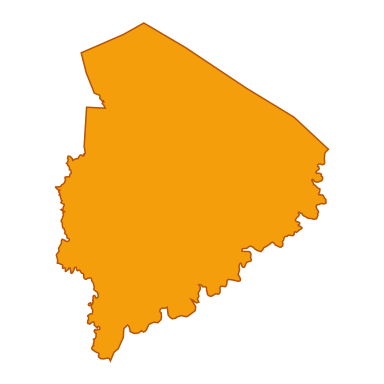 Santa Catarina Loxicha, Oaxaca, Mexico (Albers equal-area conic projection)
{"feature_id": "50627088B46665345239185", "entity_name": "Santa Catarina Loxicha", "entity_type": "district", "adm_level": 2, "iso_a3": "MEX", "parent_name": "Mexico", "parent_adm1": "Oaxaca", "projection": "albers", "projection_center": [-96.724, 16.067], "detail": "fine", "context": "isolated", "style": "filled", "palette": "amber", "viewbox_px": 384, "rotation_deg": 0, "n_neighbors": 0, "source": "geoboundaries", "source_scale": "gbopen_adm2", "svg_char_len": 5874}
<svg xmlns="http://www.w3.org/2000/svg" viewBox="0 0 384 384"><path d="M327.5,148.5L294.0,117.2L246.1,88.0L185.7,47.7L143.8,23.0L123.3,34.5L81.2,52.8L86.2,72.7L94.4,93.2L99.4,95.1L99.9,96.2L99.8,98.5L100.8,99.3L102.0,101.0L103.3,100.7L103.9,102.1L102.7,102.3L102.2,103.5L103.8,105.2L105.2,108.2L86.6,107.2L84.1,147.4L84.6,148.2L85.3,153.3L83.9,153.9L83.8,154.3L84.4,154.8L84.4,155.1L83.1,156.1L82.1,155.1L80.3,155.0L79.1,156.4L78.0,158.6L76.7,158.6L74.6,159.3L72.7,160.5L72.4,158.7L70.1,156.4L68.1,156.2L67.5,158.2L68.1,159.4L68.0,161.3L66.5,163.5L67.5,163.9L67.9,165.6L68.5,166.0L69.4,167.5L69.5,168.5L69.3,169.7L70.5,170.0L71.1,171.5L71.3,173.1L70.5,173.5L69.9,174.6L69.4,176.8L66.1,176.8L65.1,177.2L64.9,178.0L65.5,179.7L64.4,182.8L63.2,184.0L61.7,184.8L61.1,185.5L60.7,186.5L58.8,186.9L55.7,186.9L55.5,187.2L58.0,189.8L59.8,190.2L58.6,191.7L60.0,193.9L59.2,194.6L59.1,195.0L60.0,195.4L61.5,200.6L62.0,200.8L60.9,202.5L61.1,202.9L64.2,204.3L64.2,205.2L63.1,207.7L62.9,209.8L61.5,209.3L60.9,209.7L63.1,211.2L64.5,211.4L64.7,211.8L63.1,212.3L62.9,213.1L63.5,214.9L62.6,217.0L62.2,218.9L61.3,220.1L61.1,221.3L62.3,223.0L62.3,225.1L62.7,227.8L64.1,228.6L64.3,229.9L65.3,231.8L64.7,233.0L64.9,233.6L66.7,235.1L67.1,238.0L68.8,238.6L69.4,239.7L68.7,240.9L67.7,241.4L66.5,241.3L65.4,241.1L65.0,240.3L62.2,239.2L61.3,241.2L61.5,243.1L58.6,248.3L58.6,249.3L59.2,250.8L56.3,254.9L57.6,259.7L57.4,263.3L58.4,263.2L61.5,264.5L62.7,265.3L62.5,268.0L62.7,268.3L63.9,268.0L64.7,268.0L65.4,268.5L65.3,271.2L65.5,271.4L65.9,271.4L68.0,269.7L68.8,268.1L69.5,267.9L70.3,268.3L70.1,269.1L70.3,269.9L70.9,270.6L70.7,272.4L71.3,273.3L72.1,273.1L72.4,272.9L74.1,269.6L74.2,268.5L74.6,267.7L75.2,267.3L76.3,267.5L76.7,270.0L77.9,270.8L79.1,270.1L79.8,270.3L81.0,272.4L81.8,273.2L83.2,273.6L83.8,274.7L83.6,276.5L84.0,278.0L85.0,279.0L86.2,279.3L87.9,278.2L90.0,277.8L91.4,278.5L91.8,280.8L93.4,283.3L93.6,284.1L94.2,287.0L93.8,289.3L94.0,289.9L97.5,292.5L98.3,296.0L98.0,297.0L97.2,297.9L95.9,297.9L95.1,296.0L94.3,295.4L93.9,295.4L93.3,296.0L92.9,297.4L93.3,298.6L92.6,300.1L93.2,300.7L93.2,301.8L92.8,302.2L92.6,304.1L91.9,304.6L90.9,303.8L90.8,302.8L89.9,303.0L89.7,303.4L89.1,303.4L88.5,304.0L88.3,304.6L88.7,305.4L89.9,305.7L91.1,305.2L91.5,305.7L91.3,307.7L92.7,310.0L92.7,310.9L92.2,313.8L91.8,314.1L90.2,313.8L87.9,315.6L87.7,316.0L87.8,316.4L88.3,316.6L88.5,317.2L88.5,319.8L87.9,320.2L87.7,321.4L87.6,322.8L87.8,323.3L88.2,323.7L88.9,323.5L89.7,324.1L91.9,322.3L93.6,322.0L94.4,323.7L94.2,325.2L95.6,326.2L96.5,327.5L97.0,327.9L97.5,327.7L97.7,326.9L98.1,326.5L98.7,326.5L99.4,326.9L99.8,328.2L99.7,329.2L99.3,329.6L97.9,329.4L96.0,330.3L95.4,330.0L95.2,329.6L94.8,329.8L94.2,330.8L94.3,331.6L95.1,332.9L96.2,333.5L96.0,335.0L96.1,336.6L95.3,338.5L94.2,339.1L93.5,339.1L93.4,339.5L94.0,340.3L94.2,341.2L93.4,343.7L93.2,345.3L93.6,345.5L92.1,347.0L91.7,348.6L92.5,349.9L93.7,350.1L94.1,350.9L97.0,352.6L98.2,352.8L98.8,353.5L99.0,354.5L98.4,355.7L98.6,357.0L100.8,358.7L103.3,358.9L105.0,358.7L107.0,358.1L109.3,358.5L110.4,361.0L114.0,352.3L118.2,348.8L123.3,337.4L123.8,328.8L127.6,324.9L129.3,327.1L130.2,331.6L134.2,333.5L139.0,332.8L141.4,330.7L143.4,332.0L144.9,331.5L146.5,329.7L148.9,324.4L153.7,322.2L157.9,322.7L161.0,319.7L161.5,317.4L161.2,312.9L159.6,311.5L160.4,309.2L161.8,308.2L165.4,308.1L167.2,307.2L168.2,315.1L170.1,317.4L172.3,318.8L175.8,318.2L176.8,317.1L181.3,315.6L186.2,316.7L188.1,316.0L195.2,310.7L195.7,306.6L191.2,299.4L193.1,300.2L194.7,301.8L196.8,302.9L198.9,302.1L197.4,299.0L198.9,296.2L198.2,293.0L200.1,289.7L200.2,286.7L199.0,285.0L200.2,285.2L199.2,284.8L199.6,284.5L200.8,284.8L201.8,285.5L202.4,286.7L203.4,286.9L205.3,286.7L206.4,287.5L206.6,290.9L207.4,292.8L207.3,294.0L208.0,295.0L209.4,296.0L211.1,296.3L212.4,295.8L215.5,293.8L216.3,293.7L217.7,294.2L219.0,293.9L219.8,292.9L220.1,291.9L220.0,287.6L220.6,286.4L222.2,286.3L225.3,286.7L225.9,286.1L226.7,284.4L227.0,282.8L226.8,281.8L227.6,279.9L228.8,279.5L231.8,279.8L238.5,281.3L240.2,280.7L240.5,279.1L239.6,276.9L238.1,274.7L239.6,269.5L239.0,267.2L239.5,264.4L240.3,263.2L241.1,263.3L242.3,266.9L243.4,267.4L244.6,267.0L246.2,263.0L247.2,262.1L250.6,261.1L251.2,260.6L251.3,259.7L250.6,257.4L251.0,254.9L250.8,253.3L250.0,252.1L248.9,251.5L242.9,251.4L241.9,251.0L242.4,248.7L246.6,248.4L247.7,247.8L248.5,246.9L250.3,246.1L252.3,246.8L254.4,248.3L255.1,249.2L257.7,250.6L261.0,251.6L262.8,249.6L263.9,247.6L265.4,247.0L270.5,243.7L271.0,242.8L272.6,242.2L273.6,242.6L275.2,244.8L279.7,247.1L280.8,247.2L282.7,245.9L282.9,243.5L282.5,242.5L282.6,241.4L283.7,240.0L283.8,238.6L284.6,236.9L285.7,236.4L287.0,236.4L288.3,235.1L292.9,235.7L294.2,234.4L294.0,233.4L294.7,231.8L296.5,232.3L299.4,230.0L301.9,228.4L302.0,227.8L300.7,226.5L298.9,226.0L298.2,225.0L299.7,224.0L299.6,222.8L298.5,222.0L296.9,221.7L295.9,221.1L295.5,220.4L295.4,219.7L296.9,217.5L298.6,216.1L299.2,214.4L298.3,212.9L298.6,212.3L299.6,212.3L300.7,213.2L301.8,213.4L303.2,215.6L306.1,217.0L307.0,217.8L309.2,218.4L312.2,218.7L313.0,219.1L314.8,219.2L316.1,218.9L316.8,218.2L318.0,215.0L317.5,213.7L318.6,212.3L318.4,211.3L316.6,208.5L316.1,205.8L316.9,204.9L319.3,204.5L320.3,203.9L321.6,203.5L323.3,203.9L325.7,203.5L326.1,202.6L325.9,200.8L326.0,199.8L325.8,199.4L324.4,198.2L323.5,195.8L322.4,194.9L319.3,194.8L318.7,194.3L318.7,193.6L319.5,192.5L320.0,189.0L318.0,188.1L314.8,185.0L313.6,184.6L313.2,182.5L311.9,180.7L312.0,179.7L312.6,179.3L315.0,181.6L316.9,182.2L318.3,182.0L321.8,180.6L322.7,178.7L322.5,177.0L321.4,176.3L321.2,175.8L321.5,175.2L321.4,174.2L320.0,173.4L317.5,173.1L316.7,173.3L316.0,172.9L316.3,171.5L316.9,170.7L318.8,169.6L319.2,168.5L318.7,166.8L317.8,166.6L317.5,165.4L318.0,164.5L319.1,164.0L320.6,164.0L322.1,164.8L323.3,164.5L324.3,163.9L324.7,163.0L324.3,158.0L324.7,155.2L324.5,154.1L325.4,152.4L328.5,149.2L327.5,148.5Z" fill="#f59e0b" stroke="#b45309" stroke-width="1.5"/></svg>